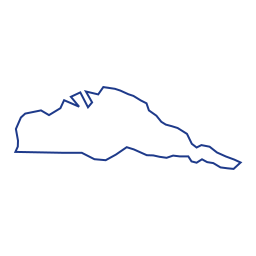 the district of Esteio, Rio Grande do Sul, Brazil
{"feature_id": "56859067B79685081913464", "entity_name": "Esteio", "entity_type": "district", "adm_level": 2, "iso_a3": "BRA", "parent_name": "Brazil", "parent_adm1": "Rio Grande do Sul", "projection": "orthographic", "projection_center": [-51.16, -29.85], "detail": "fine", "context": "isolated", "style": "outline", "palette": "blue", "viewbox_px": 256, "rotation_deg": 0, "n_neighbors": 0, "source": "geoboundaries", "source_scale": "gbopen_adm2", "svg_char_len": 842}
<svg xmlns="http://www.w3.org/2000/svg" viewBox="0 0 256 256"><path d="M240.6,162.5L234.3,159.6L225.9,156.5L217.0,152.5L209.6,146.7L201.4,145.1L196.6,147.5L191.8,143.8L187.0,133.9L177.6,128.0L171.8,126.2L165.8,124.6L161.3,121.8L156.4,115.7L148.9,110.4L146.5,103.3L140.9,100.5L133.4,95.9L128.3,94.2L120.4,90.6L114.9,88.8L103.3,87.1L98.2,94.4L85.9,91.5L92.1,102.4L88.0,107.3L80.3,92.4L70.9,96.8L79.1,106.7L64.1,100.2L60.4,108.2L49.0,115.1L41.0,110.4L25.2,113.6L20.9,117.5L15.9,129.0L18.0,140.7L17.8,146.6L15.4,151.9L63.0,152.8L81.8,152.8L94.4,159.2L105.7,160.2L115.9,154.6L126.7,147.2L133.8,149.4L146.8,155.2L153.2,155.4L159.6,156.8L166.6,157.8L173.1,155.6L179.8,156.4L188.3,156.4L191.5,161.4L196.6,162.7L202.0,159.3L207.1,162.1L213.3,163.1L220.5,167.4L227.5,168.3L233.6,168.9L240.6,162.5Z" fill="none" stroke="#1e3a8a" stroke-width="2"/></svg>